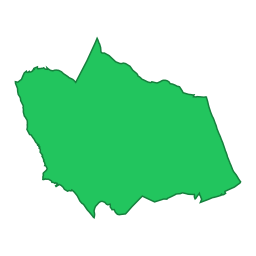 Ixhuatlancillo, Veracruz, Mexico (Natural Earth projection)
{"feature_id": "50627088B49506441430120", "entity_name": "Ixhuatlancillo", "entity_type": "district", "adm_level": 2, "iso_a3": "MEX", "parent_name": "Mexico", "parent_adm1": "Veracruz", "projection": "natural_earth1", "projection_center": [-97.161, 18.893], "detail": "fine", "context": "isolated", "style": "filled", "palette": "green", "viewbox_px": 256, "rotation_deg": 0, "n_neighbors": 0, "source": "geoboundaries", "source_scale": "gbopen_adm2", "svg_char_len": 5288}
<svg xmlns="http://www.w3.org/2000/svg" viewBox="0 0 256 256"><path d="M240.6,181.8L240.1,181.1L239.9,180.9L238.5,178.8L238.3,178.5L238.1,178.1L237.7,177.4L236.1,174.8L235.6,174.2L234.2,172.4L233.3,171.2L233.1,170.6L232.6,169.7L232.3,168.8L232.1,168.3L231.7,167.3L231.5,166.8L231.1,165.7L230.7,164.8L230.4,164.1L230.0,163.3L229.8,162.8L229.5,161.8L229.1,161.0L228.8,160.1L228.4,159.2L228.1,158.4L227.6,157.3L227.3,156.3L227.1,155.6L227.1,155.3L226.1,152.5L225.9,152.0L225.7,151.5L225.5,151.2L225.4,150.8L225.3,150.7L225.2,150.4L225.2,150.2L225.0,149.8L225.0,149.6L224.9,149.3L224.9,149.2L224.4,147.8L224.3,147.5L223.9,146.2L223.7,145.8L223.6,145.4L223.5,145.1L223.2,144.2L222.8,143.0L222.5,142.2L222.0,141.1L221.5,139.8L221.3,139.4L220.2,136.4L219.9,135.9L219.8,135.5L219.6,135.0L219.3,134.5L219.2,134.2L218.9,133.6L218.7,133.1L218.6,132.8L218.2,131.9L218.0,131.3L217.1,129.1L216.7,127.8L216.7,127.7L216.6,127.3L216.4,126.7L216.4,126.4L216.1,125.6L215.9,125.0L215.5,124.0L215.3,123.6L214.4,121.1L214.1,120.2L213.6,119.0L213.6,118.9L213.2,118.0L213.1,117.8L212.8,117.2L212.3,116.5L212.2,116.1L211.3,113.9L210.9,112.9L210.6,112.1L210.2,111.0L210.2,110.8L210.1,110.6L209.7,109.3L209.0,107.2L208.9,106.9L208.9,106.7L208.7,106.3L208.7,106.0L208.6,105.7L208.4,104.9L207.7,101.8L207.2,100.0L206.7,98.4L206.4,97.4L206.4,97.1L206.2,97.0L206.0,96.9L204.0,97.2L203.9,97.2L201.6,97.0L199.8,96.8L199.2,96.8L196.9,96.6L196.2,97.0L194.4,96.8L193.4,96.8L193.7,95.5L193.9,95.1L194.0,94.9L193.0,95.0L190.8,94.6L188.7,94.4L186.0,93.6L183.1,92.7L182.2,90.9L181.2,89.3L179.5,86.8L177.8,86.3L177.1,86.3L175.5,85.3L172.6,84.1L170.2,83.7L168.9,81.8L167.0,80.7L165.4,80.3L163.1,80.3L162.0,80.7L160.0,81.8L158.1,82.6L157.1,83.0L155.1,82.6L151.8,81.8L151.4,82.4L150.3,82.6L147.8,82.0L144.0,80.1L141.8,79.1L140.4,77.6L137.8,75.8L137.7,75.0L136.8,73.6L132.8,70.3L130.0,66.3L125.6,63.6L123.3,63.1L121.6,63.6L119.9,63.5L115.7,61.8L114.6,60.8L111.4,57.8L109.2,55.7L104.5,53.1L102.1,53.1L100.9,51.8L100.8,49.7L100.6,47.5L99.5,43.8L98.8,42.7L98.4,41.3L97.7,39.5L97.1,38.3L95.1,43.1L86.9,60.9L75.7,82.4L74.9,81.5L73.9,80.4L72.7,79.4L71.3,78.7L68.9,77.6L68.0,76.7L66.1,75.4L63.5,73.7L61.5,71.8L58.7,70.4L56.3,70.1L54.7,70.2L52.9,70.8L50.5,70.4L48.1,68.8L47.0,67.8L47.4,69.3L45.4,69.2L43.7,67.8L42.9,68.2L42.1,68.4L41.5,68.3L40.9,68.5L39.2,68.6L38.7,68.7L38.1,68.8L37.6,68.6L37.6,68.4L37.4,67.2L37.4,66.9L35.4,67.7L34.9,67.9L33.8,68.5L33.7,68.8L34.0,69.0L34.2,69.4L33.9,69.6L32.7,70.2L32.6,70.3L32.5,71.1L30.9,71.9L30.6,72.1L30.4,72.1L29.8,72.1L29.3,71.3L28.0,72.4L27.1,72.3L26.8,72.1L26.6,71.7L26.4,71.2L24.3,72.9L23.0,75.7L21.5,79.4L17.8,82.2L15.4,81.7L15.5,83.3L17.5,88.4L17.7,91.6L18.2,94.1L18.3,94.6L19.0,95.5L20.1,97.4L20.4,98.0L20.7,100.7L21.3,101.8L22.4,104.1L23.1,105.4L23.3,106.6L23.0,107.6L23.3,108.6L23.5,110.3L23.3,110.7L23.4,112.4L24.2,115.3L24.2,115.8L25.8,117.9L25.9,118.3L27.0,120.0L27.3,121.1L27.4,124.3L27.2,124.6L27.4,125.2L27.2,125.8L27.4,126.6L27.2,128.2L27.1,128.7L26.9,129.3L29.6,134.5L31.2,135.0L32.9,137.6L34.0,139.0L35.0,140.8L35.5,141.8L36.3,142.8L36.9,143.2L37.3,144.0L37.6,145.1L38.6,144.6L38.9,145.7L38.8,146.6L39.7,146.8L39.7,147.6L39.2,148.2L40.3,149.3L40.3,150.4L40.2,151.3L40.2,152.3L40.8,152.9L41.2,153.5L42.0,154.5L42.5,155.2L42.0,156.2L42.6,156.8L42.6,157.5L43.1,158.0L43.5,159.4L44.0,160.0L43.6,160.9L44.5,162.4L45.1,164.6L44.7,165.6L45.7,165.8L46.1,166.3L47.2,168.6L46.4,170.2L43.4,173.0L43.1,174.0L43.4,174.8L43.4,175.4L43.0,176.1L42.9,177.5L43.0,178.0L42.8,179.4L43.1,179.6L44.6,179.3L45.1,178.8L45.5,178.9L45.8,179.2L47.6,179.2L48.5,179.2L51.4,180.9L51.9,182.3L53.4,182.4L53.6,182.5L54.8,183.3L55.6,182.7L56.2,183.2L57.0,183.2L57.2,183.4L57.6,184.0L55.6,185.8L56.1,186.5L59.4,184.5L60.5,185.1L61.2,185.4L61.9,186.1L63.3,187.4L64.4,189.3L67.6,191.2L69.0,190.5L71.1,190.9L71.8,189.9L74.3,192.1L77.2,195.7L78.5,198.2L79.9,201.0L81.7,203.1L83.4,204.3L84.2,205.3L86.5,208.7L87.5,210.1L89.3,212.0L90.5,213.5L92.4,215.8L93.4,217.2L94.1,217.7L94.5,215.8L94.6,214.2L94.3,212.3L94.0,211.0L94.8,208.0L95.5,206.4L96.4,205.4L97.4,204.3L98.8,202.7L100.3,201.7L101.0,201.4L102.5,201.4L104.8,202.3L106.5,204.2L107.9,204.8L109.1,204.4L110.1,204.2L110.3,205.4L110.2,206.9L111.0,208.1L111.7,208.9L112.0,209.7L114.2,209.6L114.9,211.2L115.5,212.4L117.4,214.3L119.2,214.7L121.2,214.4L125.5,213.9L127.0,212.3L132.0,206.6L136.7,201.8L139.9,198.5L142.3,196.1L154.6,201.9L163.7,199.0L166.2,199.1L167.0,199.1L167.6,198.3L171.5,196.5L175.3,194.6L175.9,194.1L177.9,193.8L180.1,193.7L182.5,192.8L186.4,193.7L188.1,194.2L188.5,194.2L189.1,194.3L191.6,194.4L193.7,194.5L194.3,194.4L194.5,195.0L194.5,195.6L194.3,196.0L194.5,197.5L195.1,198.9L195.9,198.2L196.9,196.6L199.4,193.3L199.7,195.0L200.4,196.0L200.8,197.2L201.4,198.7L201.7,199.1L200.4,202.4L208.6,199.3L212.3,197.7L213.7,197.4L213.9,197.4L214.1,197.3L214.3,197.3L214.5,197.2L215.0,197.1L215.4,197.0L215.8,196.9L217.6,196.4L219.2,195.9L220.5,195.5L220.9,195.4L220.8,194.9L221.7,194.1L222.1,194.8L222.4,194.9L223.7,194.6L224.6,194.0L225.6,193.3L225.0,192.3L224.8,191.9L225.1,191.5L225.1,191.3L225.3,191.2L226.4,190.7L227.5,190.2L227.9,190.0L229.0,189.5L229.4,189.3L231.0,188.6L231.8,188.2L233.7,187.4L234.3,187.1L235.2,186.5L237.0,185.2L237.7,184.6L237.9,184.5L239.6,183.3L240.1,182.8L240.6,181.8Z" fill="#22c55e" stroke="#15803d" stroke-width="1.5"/></svg>